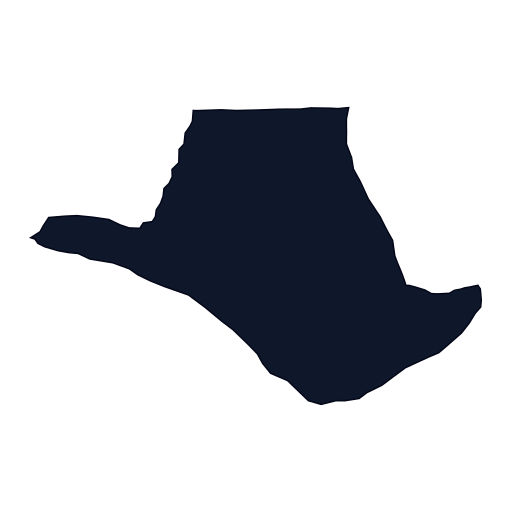 Xylofagou, Cyprus
{"feature_id": "46923920B54731060528278", "entity_name": "Xylofagou", "entity_type": "district", "adm_level": 2, "iso_a3": "CYP", "parent_name": "Cyprus", "parent_adm1": "", "projection": "mercator", "projection_center": [33.851, 34.975], "detail": "fine", "context": "isolated", "style": "filled", "palette": "ink", "viewbox_px": 512, "rotation_deg": 0, "n_neighbors": 0, "source": "geoboundaries", "source_scale": "gbopen_adm2", "svg_char_len": 1690}
<svg xmlns="http://www.w3.org/2000/svg" viewBox="0 0 512 512"><path d="M348.5,107.6L337.9,108.6L330.5,108.2L310.8,107.9L300.5,109.1L280.0,109.2L257.9,110.0L237.0,110.5L236.3,110.5L221.0,109.8L197.2,110.6L193.2,110.5L193.2,111.0L192.4,121.3L189.9,126.3L185.2,133.0L184.0,144.1L179.1,149.3L178.8,162.7L172.0,169.4L172.2,176.8L169.0,183.5L164.0,188.4L163.1,196.3L160.5,203.4L156.3,209.8L155.4,216.6L152.3,221.6L143.3,222.9L139.8,228.3L129.0,227.9L119.9,224.8L108.9,219.5L92.8,217.2L76.9,215.6L64.3,216.2L48.7,217.5L43.3,225.8L40.0,231.8L30.7,237.7L34.9,239.1L38.0,243.4L44.8,246.8L58.1,250.7L68.6,252.6L78.2,253.5L89.8,259.0L112.8,262.8L129.1,268.7L138.0,274.9L150.4,280.9L164.6,286.6L188.5,295.0L204.9,307.2L221.8,321.2L233.0,329.7L248.0,344.2L257.4,353.9L262.7,363.5L270.6,373.3L287.6,380.6L296.6,389.3L308.4,400.7L321.1,404.4L335.8,400.7L345.0,400.7L359.1,398.5L366.9,392.6L381.8,385.3L393.0,376.9L405.3,367.8L416.7,362.5L428.2,357.2L438.8,352.7L447.8,345.0L461.5,333.0L469.3,323.0L475.2,313.3L480.7,307.0L481.3,300.1L480.3,288.9L477.9,285.3L477.6,285.4L474.4,286.0L469.4,287.1L467.3,287.4L464.4,287.9L460.9,289.1L454.5,290.3L449.3,293.3L437.3,293.9L431.4,293.6L424.9,290.0L415.5,287.1L409.0,285.4L406.0,285.4L404.1,279.6L403.6,278.3L402.7,275.7L402.1,274.2L400.0,268.9L398.8,266.1L397.4,262.8L396.8,261.1L394.8,255.9L392.6,240.4L388.4,232.9L385.3,227.1L381.1,218.7L380.5,217.4L380.4,217.2L379.1,215.2L378.2,213.9L368.4,199.1L367.8,197.9L365.5,192.9L363.6,188.7L359.7,180.4L357.2,176.0L353.4,169.0L351.7,158.5L351.5,157.1L351.2,156.6L346.4,144.0L346.4,137.5L346.5,131.8L346.4,125.6L346.4,119.0L347.6,112.8L348.7,107.6L348.5,107.6Z" fill="#0f172a" stroke="#020617" stroke-width="1.5"/></svg>